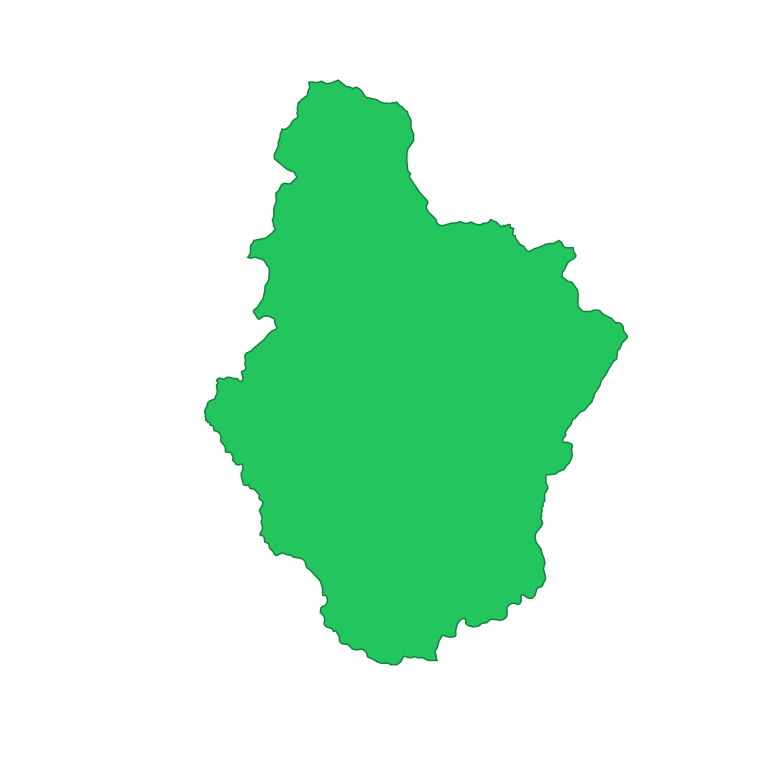 Phipun, Nakhon Si Thammarat, Thailand, rotated 220°
{"feature_id": "78962969B61248323272668", "entity_name": "Phipun", "entity_type": "district", "adm_level": 2, "iso_a3": "THA", "parent_name": "Thailand", "parent_adm1": "Nakhon Si Thammarat", "projection": "albers", "projection_center": [99.622, 8.602], "detail": "fine", "context": "isolated", "style": "filled", "palette": "green", "viewbox_px": 768, "rotation_deg": 220, "n_neighbors": 0, "source": "geoboundaries", "source_scale": "gbopen_adm2", "svg_char_len": 6171}
<svg xmlns="http://www.w3.org/2000/svg" viewBox="0 0 768 768"><g transform="rotate(220 384 384)"><path d="M165.6,206.4L167.8,207.4L169.8,209.7L173.0,211.6L173.9,216.5L176.4,221.9L177.7,228.4L176.9,229.8L173.3,230.9L171.4,232.1L168.9,234.1L167.4,236.5L167.7,238.1L170.7,241.3L173.4,247.0L173.8,249.4L173.6,253.3L172.9,254.9L171.6,256.1L169.7,256.0L168.0,253.6L166.0,252.9L162.7,253.6L158.9,255.8L156.0,259.5L155.1,263.6L151.8,267.3L151.4,270.9L150.6,272.8L143.6,277.5L141.6,279.6L140.5,282.8L140.7,284.9L142.6,287.9L146.2,291.8L146.1,295.8L145.0,298.0L142.8,300.2L140.4,300.7L138.7,302.9L139.2,305.6L142.9,309.8L142.9,311.4L141.3,312.1L137.5,312.4L135.0,313.1L132.6,315.5L132.5,319.3L135.2,325.1L134.9,327.3L133.1,330.0L133.1,331.7L134.8,337.6L135.9,339.8L143.0,344.8L145.8,350.5L149.1,353.1L154.3,355.8L157.5,358.4L165.6,360.5L169.8,363.6L171.8,367.4L172.1,376.6L172.8,378.9L174.4,380.3L177.4,381.6L177.9,383.6L180.5,386.4L181.3,388.6L183.7,390.4L183.5,392.7L185.8,395.0L185.6,397.5L190.7,403.6L190.6,405.9L191.5,409.6L192.7,410.7L196.8,412.7L201.2,418.0L200.6,419.3L194.9,425.1L193.6,429.8L191.0,434.5L191.7,437.8L191.4,442.2L192.3,447.0L194.1,450.7L198.1,454.1L199.9,457.9L202.0,458.5L204.0,458.1L206.3,457.0L208.4,455.0L210.0,454.9L211.5,456.4L211.9,461.9L213.5,462.8L214.0,463.6L214.8,468.3L214.7,472.6L216.6,478.1L215.7,480.0L215.7,488.4L213.6,492.6L213.6,500.9L213.2,503.9L214.5,506.7L214.9,509.0L216.4,511.5L217.4,520.8L219.9,527.2L220.1,533.9L221.4,539.4L222.8,549.3L221.8,552.3L226.6,560.2L226.0,562.7L228.0,568.1L227.4,575.5L228.2,577.0L234.4,578.6L237.7,581.6L239.3,582.3L241.4,582.5L243.5,581.9L245.9,579.8L252.0,580.4L260.9,578.3L265.9,578.8L267.1,578.4L270.7,575.6L272.5,572.2L277.9,567.7L280.7,567.5L284.9,568.2L286.9,569.8L292.7,577.2L296.2,580.3L304.7,582.6L306.1,582.5L309.4,580.9L316.7,580.7L319.1,584.3L319.3,587.8L321.1,594.3L320.8,597.9L319.1,602.1L319.1,605.0L319.8,606.0L324.3,607.7L326.7,610.0L330.8,606.4L333.5,604.7L334.9,604.8L338.6,606.5L342.2,606.4L344.3,600.8L347.5,598.0L349.8,595.2L353.3,587.8L355.3,585.1L357.6,579.4L359.0,578.2L361.1,577.9L365.5,579.3L369.5,578.3L377.2,580.4L378.8,581.9L379.7,581.2L381.6,580.9L382.7,583.4L384.4,585.2L384.4,586.5L388.1,585.0L389.5,587.0L390.9,586.6L392.0,584.3L392.8,583.8L393.0,582.3L394.2,582.4L394.9,580.4L395.8,579.6L402.2,580.3L404.8,579.2L407.4,578.9L408.1,578.1L407.7,575.2L408.7,573.2L411.4,570.9L412.0,568.6L412.9,567.5L416.5,565.3L421.2,564.1L424.3,559.6L428.0,557.9L430.0,557.5L431.7,554.3L435.6,550.7L440.6,543.3L443.3,541.4L446.0,541.1L447.6,541.7L450.2,543.6L459.7,544.2L464.5,545.8L465.4,546.5L467.2,551.4L468.5,552.1L480.9,553.9L497.2,558.8L498.2,559.6L498.9,562.2L501.9,562.5L503.5,563.2L510.7,570.4L514.6,575.3L516.9,579.5L517.6,589.3L522.1,594.6L528.0,597.6L532.8,603.2L535.2,604.6L538.0,605.4L541.3,607.6L544.7,607.3L547.9,608.0L551.0,607.4L555.6,608.1L556.1,606.3L557.6,605.6L560.4,602.1L563.1,600.5L564.5,599.1L567.8,597.8L572.5,597.0L581.0,592.5L582.9,592.1L590.0,594.3L592.7,594.2L596.1,593.5L597.7,590.5L601.9,589.1L604.3,587.5L614.3,587.4L617.9,580.6L619.6,578.5L621.6,576.9L626.6,575.7L627.7,573.5L629.2,571.8L635.0,567.7L635.5,566.7L631.8,563.7L629.8,558.2L628.2,556.2L630.0,548.3L630.0,546.4L629.5,545.6L630.5,544.8L630.5,544.2L629.1,542.6L627.7,539.5L625.5,537.5L624.7,535.4L623.5,534.9L621.8,533.2L621.8,530.8L622.3,530.2L623.0,527.4L622.7,524.1L622.0,522.0L622.6,517.7L624.1,514.7L626.0,513.7L625.2,512.5L624.4,509.1L621.9,505.9L621.9,504.7L621.1,503.7L620.3,501.0L618.7,499.5L617.4,496.9L615.5,489.2L612.7,486.1L596.3,486.2L592.6,487.2L589.4,488.6L583.6,486.5L584.4,477.0L589.4,473.6L590.4,471.6L590.4,469.5L589.0,465.0L589.5,460.6L583.9,454.7L581.2,447.4L576.3,441.9L574.7,437.6L572.2,436.1L569.9,433.9L567.4,433.3L566.8,432.6L566.8,427.4L568.3,419.9L575.9,410.3L575.2,407.7L575.2,404.4L570.1,397.8L569.8,393.5L567.2,394.4L565.5,396.9L563.7,398.5L556.6,401.3L554.7,401.4L550.6,399.9L546.6,399.1L544.3,396.7L540.0,390.8L538.8,388.2L538.2,382.8L535.3,379.0L531.6,371.8L530.3,361.1L531.2,357.2L530.3,355.4L523.3,353.2L521.4,353.2L519.8,358.3L518.5,360.1L515.5,361.9L510.4,363.4L509.1,363.1L506.9,360.6L502.7,358.5L502.0,357.4L502.0,356.3L504.0,352.4L504.6,348.4L504.3,341.1L506.6,328.8L507.0,323.8L509.1,319.6L509.2,317.6L508.6,315.9L505.0,312.8L503.9,310.3L501.3,308.5L499.8,306.9L499.5,305.0L500.9,302.7L500.7,301.3L495.9,298.0L495.0,296.5L494.9,295.0L495.9,293.2L496.9,293.1L498.7,293.9L500.2,293.6L502.4,291.7L507.1,289.6L508.7,288.0L509.5,285.0L514.2,282.5L514.8,280.4L514.5,279.2L511.7,277.9L511.6,275.5L506.6,270.8L505.5,268.8L505.2,266.5L504.1,263.8L506.7,258.9L506.9,255.8L505.3,253.4L504.9,250.4L503.2,246.7L501.5,246.5L499.9,243.9L498.1,243.7L498.2,243.0L497.4,241.6L497.1,241.4L495.8,242.3L494.3,241.3L492.8,242.3L490.8,240.7L488.6,242.0L486.3,241.0L484.4,239.1L480.1,240.7L477.6,240.4L475.1,238.9L472.1,235.1L465.4,233.9L462.0,230.4L461.2,230.3L457.9,232.8L456.7,232.8L452.9,231.3L450.6,228.2L449.8,228.0L447.3,228.2L445.9,227.3L443.6,228.2L441.8,231.1L440.5,231.2L439.4,230.5L436.6,227.0L436.4,224.8L434.7,222.1L427.0,216.6L424.7,217.3L423.0,219.6L419.4,217.9L415.2,220.2L412.3,219.4L408.3,219.2L405.8,215.7L402.1,216.0L400.5,215.3L399.2,212.5L398.3,207.2L391.4,203.3L390.3,201.8L389.5,199.4L384.8,196.1L383.7,194.1L382.4,188.9L381.2,188.7L379.3,189.8L377.4,189.6L373.8,186.4L369.6,187.6L366.1,184.7L361.3,184.3L358.0,183.0L356.9,183.2L355.9,183.8L353.6,188.8L352.8,189.5L347.5,191.3L345.8,193.0L342.1,193.2L335.2,197.2L332.7,197.7L330.2,197.1L327.6,195.1L324.8,193.7L321.1,194.0L306.2,192.1L299.8,188.1L295.3,182.9L294.6,182.8L293.3,184.2L292.0,184.6L288.7,182.6L287.3,180.1L286.6,177.1L288.2,173.5L288.4,171.8L285.8,167.9L282.0,167.8L279.4,166.8L277.1,164.6L276.5,162.4L274.8,161.3L272.1,161.0L266.3,163.2L263.8,162.1L262.0,163.9L256.0,161.8L253.4,159.0L251.0,158.0L248.8,158.3L244.4,161.1L241.6,161.2L239.0,160.6L237.5,160.8L233.6,163.1L231.1,166.3L228.7,167.3L225.1,167.1L221.1,164.4L216.6,165.8L209.9,167.0L206.3,168.5L201.7,172.6L198.1,173.4L195.5,176.0L193.9,176.9L192.7,180.9L192.7,182.8L193.9,187.4L193.7,188.3L188.0,190.9L184.6,195.3L182.3,195.9L178.4,199.1L172.3,200.7L165.6,206.4Z" fill="#22c55e" stroke="#15803d" stroke-width="1.5"/></g></svg>